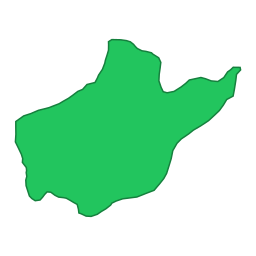 Balakan District, Balakən, Azerbaijan
{"feature_id": "54616110B63924922129682", "entity_name": "Balakan District", "entity_type": "district", "adm_level": 2, "iso_a3": "AZE", "parent_name": "Azerbaijan", "parent_adm1": "Balakən", "projection": "natural_earth1", "projection_center": [46.439, 41.744], "detail": "fine", "context": "isolated", "style": "filled", "palette": "green", "viewbox_px": 256, "rotation_deg": 0, "n_neighbors": 0, "source": "geoboundaries", "source_scale": "gbopen_adm2", "svg_char_len": 1514}
<svg xmlns="http://www.w3.org/2000/svg" viewBox="0 0 256 256"><path d="M240.6,69.9L240.1,67.4L233.2,67.3L230.6,69.8L227.6,71.9L223.8,77.6L217.9,81.5L211.2,80.9L205.4,78.7L200.9,77.5L189.3,80.0L185.7,83.4L181.2,86.9L174.1,91.4L167.1,92.8L163.2,91.7L161.1,87.4L158.9,80.9L159.2,74.4L160.1,68.1L160.8,62.4L158.7,57.8L152.8,54.1L151.5,52.8L146.0,51.4L141.9,50.8L137.3,48.5L135.4,46.6L133.5,44.3L130.3,41.8L126.4,40.6L120.7,39.8L111.8,39.6L108.5,41.7L108.6,44.7L108.5,50.2L107.1,55.0L105.4,60.2L104.8,63.2L102.4,69.4L98.6,75.1L97.4,78.0L95.0,82.5L87.0,84.5L82.6,89.4L77.8,91.4L72.7,95.3L68.5,98.3L63.0,101.4L59.2,103.7L48.8,107.7L45.8,108.5L38.5,110.3L30.5,113.7L23.7,115.9L15.8,121.5L15.8,127.1L15.9,134.4L15.4,141.9L18.2,147.6L21.3,154.1L22.7,158.5L22.4,162.4L24.6,165.3L26.3,167.5L26.6,170.6L26.2,172.6L26.8,176.4L25.8,180.1L26.1,185.7L27.7,190.7L29.4,196.0L31.8,198.5L35.2,200.7L40.1,200.0L42.6,197.2L44.6,194.5L47.1,191.9L50.8,192.2L55.0,195.3L58.6,197.1L63.8,197.7L66.3,198.2L70.1,200.3L73.4,202.3L77.2,204.4L78.4,209.1L78.9,213.0L81.0,213.7L86.1,216.1L91.1,216.4L97.3,214.3L101.5,211.4L105.9,208.8L110.6,205.1L111.9,203.1L116.2,201.0L122.7,198.8L136.9,197.0L143.5,194.4L145.2,193.7L154.1,190.3L157.3,186.5L159.7,183.7L163.8,178.5L166.6,173.4L168.9,166.1L171.2,158.6L172.8,150.6L177.0,143.3L181.3,138.9L188.8,133.8L193.4,130.1L200.6,125.9L208.5,120.7L214.9,114.8L219.4,110.5L223.4,105.0L226.7,99.5L233.1,96.1L234.4,89.3L235.8,80.4L236.5,74.4L240.6,69.9Z" fill="#22c55e" stroke="#15803d" stroke-width="1.5"/></svg>